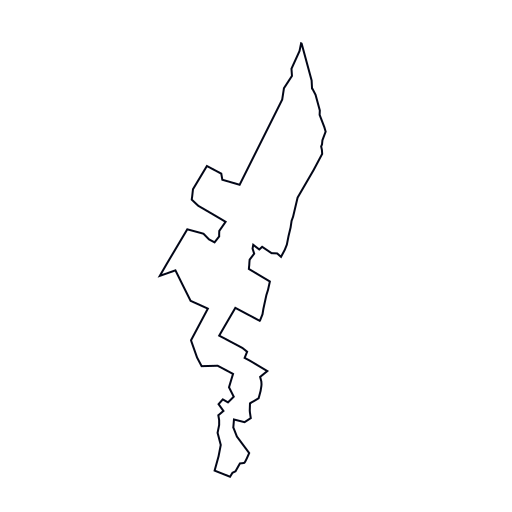 the district of Wekilbazar, Mary, Turkmenistan, rotated 28°
{"feature_id": "10190150B57236240934442", "entity_name": "Wekilbazar", "entity_type": "district", "adm_level": 2, "iso_a3": "TKM", "parent_name": "Turkmenistan", "parent_adm1": "Mary", "projection": "natural_earth1", "projection_center": [61.577, 38.453], "detail": "fine", "context": "isolated", "style": "outline", "palette": "ink", "viewbox_px": 512, "rotation_deg": 28, "n_neighbors": 0, "source": "geoboundaries", "source_scale": "gbopen_adm2", "svg_char_len": 2011}
<svg xmlns="http://www.w3.org/2000/svg" viewBox="0 0 512 512"><g transform="rotate(28 256 256)"><path d="M222.7,74.9L197.1,47.6L196.6,47.1L196.0,47.1L197.5,52.2L198.2,54.6L199.4,74.0L203.2,80.1L201.9,94.7L205.7,105.6L208.1,200.8L207.6,200.9L191.8,204.2L190.5,204.5L190.4,204.4L186.7,199.6L170.4,199.6L169.0,226.6L171.7,233.4L172.7,236.2L172.8,236.4L178.9,238.1L181.6,238.8L207.2,239.8L213.1,240.1L211.8,251.1L213.3,254.2L214.3,256.0L213.6,260.0L213.0,263.4L206.7,263.4L199.2,261.0L196.8,261.5L182.8,264.7L180.9,304.5L180.4,318.7L191.6,306.5L204.0,315.4L219.3,326.3L237.6,325.1L238.2,325.1L238.2,336.8L238.2,360.9L239.4,362.1L251.6,373.3L259.7,378.8L271.9,371.9L273.6,370.9L291.1,370.9L291.9,375.1L293.8,384.6L302.4,390.7L301.2,394.6L300.0,398.4L294.0,398.2L292.5,404.4L300.0,408.1L297.8,413.6L297.5,414.3L300.5,418.2L302.8,422.5L305.1,430.2L306.8,432.0L313.6,439.4L317.0,450.5L320.2,464.9L322.2,464.7L336.7,463.1L337.0,458.4L337.2,458.2L339.0,455.7L339.0,454.4L339.2,446.7L341.3,445.3L342.2,444.6L342.8,444.1L343.0,442.7L342.9,438.9L342.5,433.2L323.9,424.4L318.9,420.1L316.4,418.0L316.4,417.9L313.3,410.7L323.9,408.1L327.5,401.6L324.0,396.9L323.7,396.4L323.2,395.7L319.9,389.0L320.3,388.4L320.2,388.2L322.2,385.2L325.1,380.4L324.6,378.1L323.4,373.0L321.8,368.3L321.1,366.7L319.7,364.4L316.4,360.8L320.0,352.3L299.4,351.3L293.8,351.3L293.1,344.7L287.3,343.6L260.9,343.6L261.3,332.0L262.1,311.8L262.1,311.5L289.7,311.5L289.8,310.9L289.1,304.4L287.3,299.1L283.5,285.6L282.5,280.2L280.3,272.3L280.2,272.0L255.8,270.8L254.9,268.7L254.4,267.4L253.1,264.6L252.1,262.2L253.3,254.8L249.5,251.1L248.3,247.4L251.0,247.9L255.8,248.7L256.2,247.7L257.1,245.0L268.4,246.2L273.0,244.0L273.5,243.8L278.5,245.0L278.5,243.7L278.5,237.0L277.9,231.5L275.3,222.9L273.2,214.7L270.9,208.2L270.3,203.9L265.3,184.9L266.5,153.1L266.5,134.8L264.4,131.4L262.1,128.7L261.9,126.5L260.3,122.6L259.1,113.5L255.9,110.2L245.9,101.5L244.0,97.5L232.9,85.7L227.4,81.9L226.9,81.9L222.7,74.9Z" fill="none" stroke="#020617" stroke-width="2"/></g></svg>